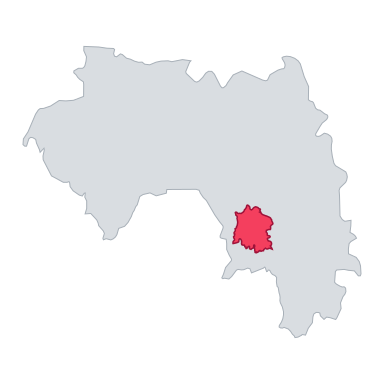 Kissidougou, Kissidougou, Guinea (highlighted)
{"feature_id": "49546643B59034527585113", "entity_name": "Kissidougou", "entity_type": "district", "adm_level": 2, "iso_a3": "GIN", "parent_name": "Guinea", "parent_adm1": "Kissidougou", "projection": "natural_earth1", "projection_center": [-10.076, 9.254], "detail": "fine", "context": "in_parent", "style": "filled", "palette": "rose", "viewbox_px": 384, "rotation_deg": 0, "n_neighbors": 0, "source": "geoboundaries", "source_scale": "gbopen_adm2", "svg_char_len": 7401}
<svg xmlns="http://www.w3.org/2000/svg" viewBox="0 0 384 384"><path d="M241.5,269.9L238.0,269.4L236.4,270.2L231.7,276.5L228.9,279.0L224.5,278.2L222.9,278.7L221.8,277.9L223.4,274.4L225.6,267.5L231.4,260.6L231.5,259.1L229.2,255.1L226.7,249.5L226.7,243.6L226.2,239.3L221.1,238.1L220.2,237.4L220.1,235.9L222.9,228.5L223.2,227.0L222.8,225.7L219.7,221.9L214.8,214.9L206.4,200.5L203.3,197.5L200.3,193.1L199.2,190.3L196.1,189.3L166.8,189.5L166.3,193.2L156.2,195.8L150.0,192.9L143.1,194.5L139.8,196.5L137.2,204.9L135.7,206.7L134.2,210.4L132.8,212.5L131.3,216.6L128.0,222.5L124.6,226.3L118.7,228.4L116.9,234.6L115.5,236.9L113.3,238.8L110.8,239.9L106.1,238.7L103.4,239.8L102.9,238.3L104.4,233.4L103.2,230.8L98.7,225.7L98.2,223.2L96.8,220.0L90.8,213.5L85.1,213.9L86.7,208.4L86.7,201.0L84.8,197.1L85.3,193.0L84.2,193.2L82.3,196.0L79.3,195.1L73.1,190.8L70.1,186.6L69.7,183.0L69.0,181.6L67.1,182.3L63.3,182.3L51.5,175.9L43.2,159.8L43.0,156.1L44.3,149.9L44.0,148.2L40.1,152.3L39.4,149.6L36.5,143.1L35.7,139.4L32.9,137.7L30.6,137.4L28.9,138.7L26.5,146.2L24.8,146.2L23.0,144.6L23.4,138.9L28.0,131.9L35.6,114.1L38.3,110.0L40.1,108.6L43.6,108.4L50.6,106.0L59.2,100.5L65.8,100.9L73.5,100.3L83.6,96.4L83.7,84.5L83.4,81.8L79.8,79.4L77.8,77.4L76.0,74.7L73.8,72.8L73.9,70.9L78.4,68.3L82.5,68.3L83.8,67.4L84.9,65.7L86.0,61.3L86.5,56.8L83.8,50.7L83.9,46.4L98.7,47.0L106.9,48.2L113.5,48.5L114.6,49.5L113.6,53.7L114.5,56.2L116.7,56.8L120.4,53.9L122.4,54.6L126.5,58.2L130.4,59.2L134.6,61.2L138.6,62.3L142.1,62.1L144.7,64.2L149.7,64.8L156.0,62.2L161.1,61.1L168.1,60.8L171.8,61.7L182.5,59.6L190.9,60.8L189.6,62.2L185.7,71.7L186.2,73.4L194.7,81.5L196.8,82.1L199.1,81.0L202.8,77.3L205.7,73.2L208.5,71.3L211.8,71.4L214.4,74.2L220.5,86.2L222.0,87.8L223.5,87.7L226.1,85.5L227.5,82.9L233.2,74.9L241.9,71.0L262.7,80.1L265.7,80.8L267.5,80.1L270.1,74.7L278.0,70.1L281.7,68.9L283.8,68.7L284.7,67.3L285.1,65.1L284.6,62.8L282.2,58.7L282.1,57.5L283.5,56.8L286.5,56.2L290.3,56.6L294.7,58.3L298.2,60.9L300.3,63.9L304.2,76.6L308.6,86.5L308.4,99.8L310.3,101.1L312.5,101.7L313.5,102.8L315.6,108.2L317.6,109.8L320.0,110.2L324.5,113.7L327.4,115.1L327.8,116.2L327.7,117.6L326.6,119.5L322.2,123.1L320.1,126.3L315.7,133.8L315.6,135.2L316.5,136.2L318.3,136.4L320.3,135.9L324.3,133.2L327.6,134.1L330.6,136.2L331.8,138.4L332.1,141.3L331.4,145.0L331.3,149.1L332.3,156.2L333.9,163.2L335.5,165.7L345.8,171.9L346.8,174.3L347.3,176.9L346.6,180.4L345.6,182.4L339.9,187.9L339.1,190.5L339.5,195.4L340.0,216.0L342.2,219.5L344.8,221.3L351.0,220.3L350.8,226.0L350.0,232.4L353.6,234.4L355.5,236.3L356.5,238.2L350.8,241.6L349.1,243.6L348.4,248.9L348.5,253.8L356.2,257.4L359.2,261.5L360.5,265.8L361.0,273.9L360.3,275.8L358.3,275.8L354.4,270.9L348.5,270.3L344.1,269.4L336.7,270.0L335.4,271.5L334.6,282.3L336.4,284.1L339.9,286.1L342.2,287.0L344.1,286.8L345.6,288.1L345.9,291.6L344.9,294.2L343.0,296.6L340.5,302.9L341.1,308.6L336.9,317.7L335.7,319.5L330.2,317.7L326.6,317.1L324.0,319.4L320.4,315.8L319.8,313.0L318.5,312.5L316.1,312.4L313.8,314.0L312.9,316.9L312.4,322.7L308.3,328.2L305.5,335.1L302.2,334.5L301.5,335.3L298.0,337.1L295.0,337.6L294.2,335.8L292.5,334.3L290.6,331.4L288.3,329.0L284.1,327.4L282.4,328.1L280.4,327.9L279.1,327.0L279.3,325.5L281.5,322.0L282.8,318.7L283.5,315.0L283.5,311.6L282.3,306.8L280.4,302.9L279.9,300.7L280.1,297.5L279.7,294.6L279.1,293.0L278.2,287.4L277.1,286.4L276.4,281.9L276.6,277.4L275.0,275.6L272.4,274.4L270.9,272.6L269.9,270.6L269.0,270.0L268.2,270.1L267.5,271.3L266.6,271.6L265.1,267.3L264.5,267.1L263.5,268.1L251.5,272.9L250.0,268.8L247.7,268.1L243.8,269.7L241.5,269.9Z" fill="#d9dde1" stroke="#a8b0b8" stroke-width="1"/><path d="M233.6,236.6L233.6,237.1L233.7,237.4L233.7,237.7L234.0,238.3L234.3,238.6L234.5,239.2L234.5,239.6L234.5,239.8L234.4,240.1L234.1,240.5L233.5,241.0L233.2,241.6L233.0,242.0L233.0,242.5L233.0,243.5L233.6,243.5L234.0,243.4L234.4,243.3L234.7,243.2L235.0,243.1L235.3,243.1L235.6,243.0L236.1,242.9L236.6,242.7L236.9,242.7L237.3,242.5L237.6,242.3L237.9,242.3L238.4,242.0L238.7,241.8L238.8,241.4L238.9,240.8L238.9,240.3L238.9,240.0L239.0,239.6L239.2,239.2L239.5,238.9L240.2,238.9L240.8,239.3L241.0,239.8L241.4,240.4L241.5,240.8L241.7,241.3L241.5,241.6L241.5,241.9L241.6,242.3L241.6,242.9L241.5,243.3L241.5,243.8L241.7,244.0L241.7,244.6L241.9,244.8L242.4,244.8L242.7,245.0L242.9,245.2L243.2,245.2L243.8,245.1L244.1,245.1L244.4,245.2L244.6,245.7L244.7,246.2L244.8,246.7L245.1,247.0L245.5,247.0L245.9,247.0L246.0,247.6L245.9,248.1L246.0,248.5L246.7,248.5L246.9,248.2L247.3,247.9L247.6,247.4L247.8,247.0L248.2,246.8L248.6,246.5L248.7,246.4L248.8,246.3L249.1,246.3L249.4,246.4L249.6,246.8L249.5,247.3L249.5,247.8L249.5,248.2L249.5,248.7L249.8,248.9L250.2,249.0L250.6,249.2L251.0,249.4L251.3,249.1L251.8,248.7L252.4,248.5L253.0,248.2L253.3,247.6L253.5,247.1L253.6,246.6L253.8,246.3L253.7,245.8L253.7,245.4L254.0,245.0L254.5,245.1L254.7,245.6L254.7,246.6L254.4,247.3L254.4,247.8L254.5,248.4L254.7,249.0L254.7,249.6L254.7,250.1L254.7,250.4L254.9,250.9L255.0,251.6L255.0,252.2L255.2,252.5L255.8,252.7L256.0,252.4L256.4,252.1L256.7,252.6L257.2,252.3L257.4,252.4L257.9,252.1L258.5,251.7L258.9,251.5L259.1,251.2L259.1,250.8L259.8,250.6L260.0,250.5L260.3,250.9L260.7,251.1L260.9,251.2L261.0,251.3L261.2,251.2L261.8,251.0L262.2,250.8L262.6,250.8L263.2,250.7L263.5,250.7L263.8,249.5L264.5,249.0L265.4,248.2L266.4,248.9L267.2,249.0L267.8,249.0L268.6,248.4L269.7,248.3L270.3,248.4L272.2,249.2L271.9,248.3L270.6,246.3L270.3,245.9L270.8,245.6L271.3,245.0L271.6,243.9L271.5,242.9L271.0,241.9L270.2,241.3L269.2,241.0L268.3,240.9L268.1,240.4L267.9,240.2L267.5,239.5L267.4,239.0L267.4,238.5L267.9,238.1L268.8,237.9L269.4,237.6L269.8,237.3L270.0,237.0L270.1,236.9L270.1,236.3L269.6,235.9L268.9,235.7L268.3,235.6L267.4,235.3L267.2,234.6L267.3,234.1L267.3,233.7L267.1,233.1L266.6,232.5L266.5,232.4L266.1,231.9L266.3,231.3L266.4,230.4L266.9,230.3L267.2,230.0L267.8,229.8L269.1,229.4L270.1,229.6L270.6,229.0L270.6,227.3L270.4,226.6L270.6,226.4L270.7,226.0L271.0,225.5L271.4,225.1L272.1,224.6L272.6,224.3L272.9,223.5L272.5,222.3L272.5,222.2L272.1,221.7L271.8,221.1L271.7,220.6L271.6,219.7L271.0,219.0L270.5,218.0L269.5,217.3L267.9,216.6L266.6,216.0L265.4,215.7L264.5,215.3L263.6,215.0L263.1,214.8L262.3,214.4L261.7,213.8L261.3,213.2L260.7,212.8L260.4,212.6L260.9,212.6L260.5,211.6L259.7,210.9L259.8,210.6L260.4,209.8L260.0,208.9L259.3,208.9L259.0,208.6L258.5,208.1L257.8,207.5L256.7,207.1L255.6,206.8L254.3,207.3L253.3,208.1L252.5,209.2L251.4,209.9L250.8,209.6L250.2,209.2L249.9,208.6L249.9,207.8L249.7,207.0L249.6,206.7L249.1,206.1L248.7,205.9L248.4,205.6L247.8,205.1L247.1,205.2L246.6,206.0L246.5,206.7L246.3,207.6L245.7,208.3L245.3,209.1L244.6,209.6L244.4,209.9L244.3,210.5L244.1,211.0L243.6,211.5L243.4,212.0L242.9,212.3L242.3,212.6L242.1,212.8L241.6,213.3L241.0,213.5L240.4,213.4L239.5,213.3L239.2,213.4L238.8,213.5L237.6,213.3L237.3,213.0L236.9,212.4L236.3,212.2L235.9,212.1L235.4,212.4L235.3,212.5L235.4,213.1L235.6,213.7L235.8,214.4L235.8,215.0L236.4,215.6L236.9,216.0L237.3,216.8L237.3,217.4L237.1,217.8L237.0,218.5L237.3,219.6L237.4,220.4L237.6,221.2L237.6,221.8L237.7,222.7L237.5,223.7L237.3,224.9L237.2,225.6L236.7,226.3L236.5,226.6L236.6,227.1L236.4,227.8L236.1,228.0L235.6,228.5L235.1,228.7L235.2,229.2L235.3,230.3L235.1,231.1L234.9,231.5L234.6,231.8L234.1,232.5L234.2,232.9L234.2,233.0L234.1,233.8L234.8,234.1L234.4,235.3L234.5,235.9L234.3,236.2L233.9,236.5L233.6,236.6Z" fill="#f43f5e" stroke="#9f1239" stroke-width="1.5"/></svg>